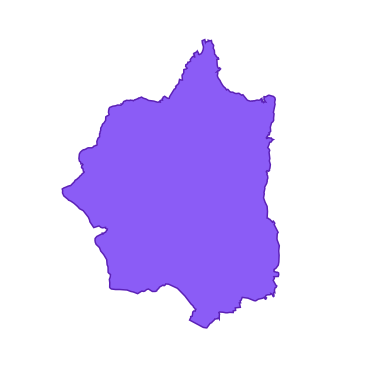 the district of Capusu Mare, Cluj, Romania, rotated 63°
{"feature_id": "2599482B21022816483302", "entity_name": "Capusu Mare", "entity_type": "district", "adm_level": 2, "iso_a3": "ROU", "parent_name": "Romania", "parent_adm1": "Cluj", "projection": "natural_earth1", "projection_center": [23.238, 46.782], "detail": "fine", "context": "isolated", "style": "filled", "palette": "violet", "viewbox_px": 384, "rotation_deg": 63, "n_neighbors": 0, "source": "geoboundaries", "source_scale": "gbopen_adm2", "svg_char_len": 5948}
<svg xmlns="http://www.w3.org/2000/svg" viewBox="0 0 384 384"><g transform="rotate(63 192 192)"><path d="M232.3,305.3L235.6,306.5L239.5,308.6L240.6,308.5L241.8,307.9L244.1,304.5L246.1,300.6L249.9,294.3L252.8,291.7L254.4,289.7L257.9,286.6L257.5,282.3L257.6,281.6L258.7,280.1L258.8,278.7L258.3,276.7L258.7,274.8L262.6,272.5L263.9,270.0L264.1,268.4L263.2,267.2L262.9,265.6L262.0,264.2L261.8,260.1L262.8,259.5L262.8,258.4L262.0,257.2L263.5,254.7L271.2,248.7L281.5,245.5L291.4,243.7L294.1,242.7L294.8,242.9L297.3,242.3L298.3,242.4L298.4,242.1L298.7,242.6L299.5,243.1L298.8,244.5L299.3,245.8L302.7,248.1L302.4,249.7L303.2,250.0L305.0,252.3L317.8,243.4L319.4,241.2L319.8,240.5L317.3,235.6L317.3,233.7L316.9,233.0L316.3,230.7L315.5,229.3L316.0,228.6L316.0,227.8L316.5,226.9L316.2,226.2L316.5,226.0L316.4,225.6L317.6,225.4L314.5,223.8L313.3,222.9L311.6,222.8L311.4,222.0L313.1,219.1L315.0,216.7L315.7,215.2L316.4,213.0L318.1,210.0L316.7,209.3L317.3,206.9L314.9,206.0L316.7,201.3L312.3,200.1L312.8,199.0L310.7,198.4L310.7,197.3L308.7,195.1L312.0,190.3L317.1,185.9L317.9,184.6L317.6,181.6L318.8,177.1L318.6,175.6L320.6,175.4L321.0,175.0L320.2,173.7L318.7,174.3L317.7,173.0L317.9,171.3L318.9,169.2L318.8,167.7L318.4,167.7L319.0,167.1L321.9,167.1L322.2,166.9L322.0,166.2L319.0,165.1L319.0,164.7L318.6,164.4L318.7,163.9L318.9,163.8L316.8,163.1L315.2,161.5L315.0,161.0L315.2,160.4L314.2,159.1L313.0,159.6L307.6,159.8L306.4,157.9L305.5,157.7L305.3,157.2L304.7,157.3L306.4,153.5L305.0,152.2L303.3,151.6L302.2,152.4L302.1,153.1L301.6,153.3L300.3,154.9L299.5,154.9L298.6,153.8L298.2,153.9L298.0,151.7L296.3,148.3L293.8,146.4L287.9,143.1L283.9,141.5L279.5,138.6L273.4,137.9L272.0,137.4L267.9,135.0L267.1,133.6L258.4,133.6L257.4,132.4L255.0,132.7L254.8,132.8L255.4,134.0L251.6,135.1L251.3,135.5L249.9,136.1L249.3,136.9L243.7,133.6L238.9,131.6L234.2,131.5L229.7,130.9L226.5,128.5L225.2,128.1L222.0,125.5L220.7,125.1L218.2,121.5L216.7,120.2L215.5,119.6L214.0,118.1L211.9,117.3L210.4,117.3L209.3,116.4L208.5,116.7L208.3,116.4L207.4,116.4L207.1,115.4L208.3,114.4L208.0,113.2L207.2,112.9L206.2,111.8L203.1,109.7L199.4,109.0L197.6,107.5L191.6,105.3L190.1,103.8L188.3,103.9L186.8,104.4L184.8,101.9L183.1,100.4L183.0,100.0L183.4,98.9L182.3,96.9L182.2,95.7L181.3,96.6L179.8,96.9L179.4,98.0L178.3,99.0L178.0,99.7L178.5,100.1L178.2,101.2L177.5,101.2L175.6,98.0L176.2,97.4L176.1,97.1L175.3,96.5L174.3,96.5L174.5,96.0L174.3,95.9L173.6,94.3L169.8,92.8L166.9,90.1L166.5,89.8L166.1,88.0L165.2,86.7L163.1,85.7L159.6,83.4L158.1,83.4L151.6,78.2L149.5,77.6L147.5,75.9L145.8,75.4L143.9,76.0L141.0,79.1L140.5,80.1L140.7,83.1L139.7,84.5L139.9,84.8L141.5,85.2L141.8,85.8L145.1,85.5L144.5,86.1L144.8,87.1L144.2,87.4L144.4,87.7L142.8,87.6L143.2,88.2L143.7,88.1L143.3,88.8L140.3,87.3L140.4,88.5L141.0,89.6L140.3,91.4L139.6,92.2L139.0,95.4L138.4,96.2L138.4,97.2L137.9,97.6L137.7,98.6L135.4,101.0L128.4,102.5L128.4,103.7L125.3,105.4L124.3,108.0L123.4,109.1L121.6,110.3L120.6,112.2L119.5,112.8L117.0,113.4L116.5,114.1L116.7,114.9L114.3,115.2L112.3,116.0L110.4,116.3L107.4,116.5L105.5,116.4L102.3,116.9L100.7,116.8L99.5,116.4L98.1,115.2L96.6,114.5L96.3,114.6L96.2,115.1L95.7,113.7L96.1,113.3L96.2,112.8L95.3,110.7L94.5,111.1L93.9,111.0L93.9,112.3L92.1,112.4L90.1,111.8L85.2,109.7L85.8,108.0L85.5,107.8L85.0,108.1L84.2,107.7L83.3,108.5L81.7,108.9L81.1,108.7L79.6,109.3L76.0,107.8L73.5,107.8L71.1,106.1L68.2,106.6L65.8,105.9L65.4,107.7L64.7,108.0L64.1,108.7L64.7,108.9L65.0,108.7L64.9,109.0L65.2,109.4L64.8,110.2L64.9,111.5L64.2,111.7L64.5,112.0L62.0,111.4L61.8,114.3L64.1,115.2L67.9,115.9L70.0,117.3L71.9,119.3L72.9,121.1L72.9,123.2L72.3,123.7L71.4,123.2L68.8,123.3L69.1,123.7L69.3,124.7L69.3,127.2L69.6,127.3L69.6,127.7L69.1,128.1L70.4,127.7L72.9,128.2L72.8,128.5L71.9,128.3L71.6,128.8L71.8,130.5L73.2,133.4L74.8,133.9L74.9,135.8L74.5,136.8L75.4,137.4L75.8,138.3L75.8,139.7L77.3,140.7L79.5,140.1L79.7,141.3L79.2,143.7L82.0,145.2L83.1,146.9L82.9,147.2L83.7,148.0L87.9,149.7L87.3,150.9L86.0,152.0L89.3,154.6L90.4,158.5L90.9,158.3L92.1,159.6L92.4,160.1L92.3,161.1L96.8,168.5L98.2,169.8L97.8,170.7L96.9,171.5L94.3,172.9L94.4,174.6L95.1,175.3L95.3,176.1L96.7,176.6L96.2,177.2L96.1,179.0L97.6,179.4L97.5,179.7L96.6,180.4L96.7,181.1L96.5,181.8L93.7,184.7L90.7,189.1L88.2,190.8L86.4,192.7L84.5,193.9L84.3,196.5L84.0,197.0L84.4,197.5L84.1,198.2L84.2,199.3L84.0,200.0L84.1,200.7L83.8,201.3L84.1,202.8L83.0,203.8L82.6,204.9L82.1,205.2L82.1,206.2L80.6,208.6L80.5,209.2L80.7,210.2L80.4,210.6L80.4,211.9L81.5,213.1L81.4,213.6L81.9,213.9L82.0,214.6L81.5,215.1L82.0,215.2L82.4,215.9L80.7,218.9L80.5,221.0L79.6,223.5L79.3,226.8L80.0,228.1L80.7,228.3L81.1,229.1L81.7,229.3L83.1,230.3L85.5,230.7L85.7,231.7L85.7,233.7L85.9,234.7L89.0,236.5L90.6,239.4L90.7,240.3L91.2,241.3L92.1,242.0L93.6,244.3L95.7,245.4L96.7,246.6L97.9,247.3L98.1,247.9L100.9,249.3L101.4,251.3L103.7,253.8L106.9,255.2L107.1,255.9L106.7,257.0L106.9,257.8L106.6,258.7L107.2,260.2L107.1,261.3L105.5,264.4L105.4,265.6L105.6,267.2L105.4,267.6L105.5,268.5L105.1,269.4L105.1,270.7L105.8,273.3L107.0,275.1L110.9,277.6L113.4,278.3L114.6,277.7L116.7,278.2L116.8,277.1L118.0,276.7L118.5,277.5L118.6,278.4L120.0,279.3L120.5,279.3L121.4,278.6L124.3,279.4L125.2,279.0L125.5,279.3L126.0,281.8L126.6,282.8L127.0,284.8L127.7,286.0L128.1,288.0L128.4,288.8L128.5,290.9L129.4,292.0L131.2,297.3L130.8,298.3L130.5,300.3L130.5,301.3L130.2,304.3L130.4,306.3L132.0,306.6L134.0,307.8L137.3,308.0L142.1,305.9L143.2,305.7L144.8,304.3L148.2,302.4L153.0,300.5L155.8,299.8L159.2,297.4L167.4,295.8L170.4,296.0L172.2,296.5L179.1,295.7L179.9,290.8L180.3,290.0L182.1,289.3L183.3,288.1L184.3,285.1L185.2,285.5L186.6,284.2L187.3,284.8L187.5,285.6L188.6,287.3L188.4,288.3L188.7,289.4L188.0,290.5L188.9,290.6L188.4,291.6L188.4,297.0L189.4,299.4L191.1,300.4L192.9,301.0L195.1,301.2L199.5,299.7L203.3,300.1L207.6,299.1L213.5,298.7L218.4,300.7L220.0,300.7L221.2,301.1L225.5,303.2L226.9,302.9L228.5,302.1L230.7,303.5L232.3,305.3Z" fill="#8b5cf6" stroke="#5b21b6" stroke-width="1.5"/></g></svg>